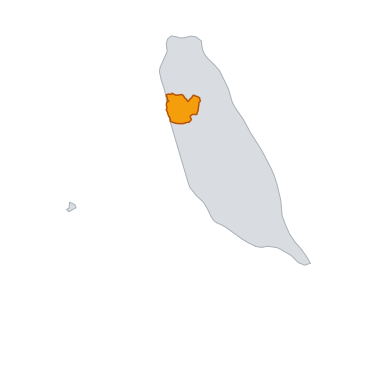 where Miaoli sits in Taiwan, rotated 319°
{"feature_id": "TWN-1165", "entity_name": "Miaoli", "entity_type": "County", "adm_level": 1, "iso_a3": "TWN", "parent_name": "Taiwan", "parent_adm1": "", "projection": "equal_earth", "projection_center": [120.946, 24.52], "detail": "fine", "context": "in_parent", "style": "filled", "palette": "amber", "viewbox_px": 384, "rotation_deg": 319, "n_neighbors": 0, "source": "natural_earth", "source_scale": "10m", "svg_char_len": 1939}
<svg xmlns="http://www.w3.org/2000/svg" viewBox="0 0 384 384"><g transform="rotate(319 192 192)"><path d="M244.7,268.7L241.0,277.9L238.1,287.7L236.9,296.9L237.0,306.4L236.2,315.0L234.7,323.5L229.0,321.1L225.9,315.0L225.2,305.0L221.1,292.9L219.5,289.5L213.6,282.7L208.1,279.4L203.9,274.4L204.5,274.8L201.4,268.1L199.1,261.0L194.3,240.7L192.6,235.9L190.4,231.4L189.7,227.0L190.5,222.1L192.6,214.8L193.9,207.4L192.9,197.4L193.3,187.5L194.9,183.1L222.5,122.8L230.0,110.0L234.5,103.7L238.4,96.6L242.0,87.7L246.5,79.5L249.7,77.0L265.4,69.7L270.3,62.7L274.2,60.5L278.7,60.6L281.5,63.9L284.1,67.9L286.8,70.1L293.8,73.9L296.8,77.7L298.2,84.1L294.0,90.2L291.9,95.8L291.5,101.9L292.3,110.1L292.4,118.4L287.2,137.9L281.5,150.1L280.0,156.1L278.3,171.2L274.9,186.3L272.1,205.4L267.4,225.2L264.8,233.5L261.5,241.4L253.6,256.4L244.7,268.7ZM92.8,119.4L95.3,124.6L94.2,127.8L86.2,126.1L85.8,123.0L88.8,123.5L92.8,119.4Z" fill="#d9dde1" stroke="#a8b0b8" stroke-width="1"/><path d="M222.0,124.6L223.6,122.4L224.0,121.3L224.2,119.5L224.7,118.0L226.0,115.2L226.4,113.5L226.7,112.8L228.2,112.2L228.7,111.6L228.9,110.9L229.2,110.3L230.1,109.1L231.2,108.2L232.4,107.8L234.0,108.1L233.8,106.7L234.4,105.7L235.2,104.6L235.6,103.1L235.8,102.6L236.6,102.1L236.7,101.8L238.2,102.5L239.2,103.2L239.8,104.2L240.7,104.7L241.8,104.4L242.8,107.3L243.6,108.5L245.0,109.7L247.7,111.3L248.5,112.2L248.7,113.6L248.6,114.7L248.4,115.6L248.2,116.4L248.4,117.2L248.7,118.3L248.4,119.5L248.2,120.9L249.1,121.2L250.8,120.6L252.3,120.5L253.4,120.6L256.2,119.8L257.3,120.8L257.6,122.0L258.3,122.9L259.3,125.0L259.4,126.3L258.6,127.0L258.2,128.6L257.1,129.1L256.0,129.1L255.0,129.9L254.0,131.1L252.7,132.0L250.1,134.5L248.6,135.2L246.6,136.5L245.4,135.9L244.3,134.4L243.0,133.8L240.8,133.6L239.6,134.5L239.4,136.5L238.2,137.2L235.5,137.4L232.9,135.6L231.5,135.3L229.8,134.3L226.5,131.3L225.1,129.8L224.1,128.4L222.0,124.6Z" fill="#f59e0b" stroke="#b45309" stroke-width="1.5"/></g></svg>